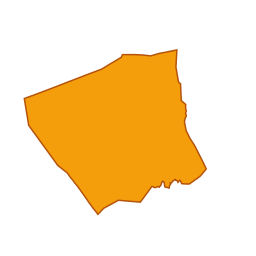 the district of San Juan Lachigalla, Oaxaca, Mexico, rotated 328°
{"feature_id": "50627088B67527227829858", "entity_name": "San Juan Lachigalla", "entity_type": "district", "adm_level": 2, "iso_a3": "MEX", "parent_name": "Mexico", "parent_adm1": "Oaxaca", "projection": "robinson", "projection_center": [-96.544, 16.566], "detail": "fine", "context": "isolated", "style": "filled", "palette": "amber", "viewbox_px": 256, "rotation_deg": 328, "n_neighbors": 0, "source": "geoboundaries", "source_scale": "gbopen_adm2", "svg_char_len": 1904}
<svg xmlns="http://www.w3.org/2000/svg" viewBox="0 0 256 256"><g transform="rotate(328 128 128)"><path d="M98.9,197.2L99.1,197.4L102.5,196.1L116.9,190.4L117.4,190.3L118.1,190.9L118.2,191.1L118.3,191.8L118.8,192.4L119.9,193.1L121.1,193.3L121.7,193.4L122.2,193.3L123.2,194.8L124.2,194.3L125.5,194.0L126.0,193.5L126.7,193.1L127.1,192.5L129.1,191.4L129.6,192.4L129.9,193.1L128.0,197.4L129.1,198.6L131.1,200.7L131.9,199.8L132.8,198.9L133.1,198.7L134.6,198.0L134.6,197.0L135.7,197.5L139.3,196.5L141.0,196.8L140.7,197.6L141.0,197.9L141.2,198.1L141.3,198.2L141.9,198.9L141.6,200.5L144.2,199.8L144.3,201.2L144.4,201.3L144.1,203.7L147.2,206.0L149.8,207.6L150.5,208.0L153.6,207.8L155.4,207.7L155.6,207.7L157.3,207.5L159.8,207.5L161.3,207.3L163.8,207.1L170.3,205.0L172.7,204.2L173.7,195.1L173.7,194.8L173.9,192.5L175.2,177.9L175.0,170.1L175.9,161.3L175.9,161.1L178.7,153.8L179.1,152.9L179.6,152.0L180.5,151.3L181.1,150.5L181.9,149.9L182.8,149.4L183.8,148.6L184.3,147.7L184.4,146.7L184.9,145.7L185.7,145.0L186.5,144.4L186.7,143.4L187.1,142.4L187.6,141.3L189.4,138.6L187.7,133.0L196.0,118.3L195.8,117.8L195.6,117.2L195.4,116.7L195.3,116.1L195.4,115.5L195.6,114.9L195.7,114.5L200.9,101.8L210.8,87.7L193.4,81.1L185.5,78.9L179.3,74.0L173.3,69.8L162.2,62.8L159.8,64.5L146.9,64.2L136.8,64.1L120.4,60.8L102.2,57.3L79.7,53.0L62.0,49.4L55.7,48.0L45.2,73.1L48.5,120.7L48.6,122.5L50.3,127.3L52.7,133.9L52.8,136.8L53.0,140.2L53.1,140.5L53.5,143.2L53.7,144.3L53.6,145.4L53.7,146.4L53.9,147.4L54.4,151.5L54.4,152.4L54.4,153.2L54.6,154.6L54.7,157.4L55.0,161.5L55.0,162.0L55.3,167.3L55.3,168.9L55.4,170.2L55.4,171.6L55.7,174.2L55.7,175.2L55.8,175.7L55.8,176.6L55.8,177.0L56.0,178.2L56.1,178.6L56.1,178.8L56.3,181.0L56.5,181.8L56.5,182.2L56.5,182.6L56.5,183.0L56.6,183.5L56.7,185.3L60.3,184.4L61.3,184.1L63.2,183.6L65.3,183.2L66.6,183.3L81.6,184.2L90.7,191.1L98.9,197.2Z" fill="#f59e0b" stroke="#b45309" stroke-width="1.5"/></g></svg>